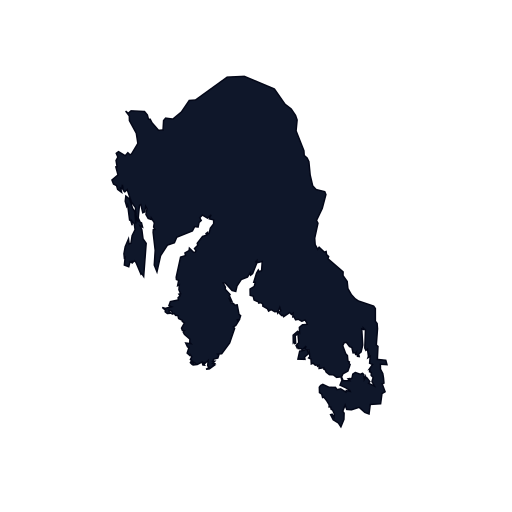 the district of Fusa nor, Hordaland, Norway, rotated 323°
{"feature_id": "86288312B62165724203406", "entity_name": "Fusa nor", "entity_type": "district", "adm_level": 2, "iso_a3": "NOR", "parent_name": "Norway", "parent_adm1": "Hordaland", "projection": "albers", "projection_center": [5.703, 60.194], "detail": "fine", "context": "isolated", "style": "filled", "palette": "ink", "viewbox_px": 512, "rotation_deg": 323, "n_neighbors": 0, "source": "geoboundaries", "source_scale": "gbopen_adm2", "svg_char_len": 6141}
<svg xmlns="http://www.w3.org/2000/svg" viewBox="0 0 512 512"><g transform="rotate(323 256 256)"><path d="M340.6,95.8L301.5,95.0L296.3,91.6L283.1,96.1L272.0,96.6L266.8,91.5L263.7,92.2L257.6,99.4L253.8,97.0L253.1,86.9L253.8,83.1L252.4,82.1L254.1,78.0L253.9,73.5L243.6,64.9L239.8,65.1L239.1,61.8L239.1,67.9L236.4,71.7L234.3,85.9L229.4,95.0L217.8,99.7L216.2,99.2L215.8,96.4L211.9,97.2L209.0,89.9L206.2,89.9L205.2,93.9L201.7,95.5L198.8,101.1L197.7,100.5L194.6,108.2L186.7,108.6L185.5,112.8L187.0,115.9L185.6,119.5L187.0,124.2L188.7,120.2L189.3,121.5L192.2,118.6L189.5,124.0L189.8,125.8L193.1,125.4L189.0,138.0L188.9,144.9L185.2,149.6L186.0,149.3L183.1,154.3L182.5,158.0L182.7,153.4L179.5,157.9L185.9,147.5L186.1,143.7L189.3,134.4L188.1,129.8L184.5,133.6L182.6,138.6L184.4,137.7L176.7,151.2L177.3,152.4L175.6,156.9L177.9,153.4L178.2,156.9L175.3,162.2L169.3,165.2L163.9,170.5L161.8,170.2L164.4,165.7L157.1,169.9L151.9,174.7L149.7,178.3L150.7,178.3L145.4,184.0L147.9,188.0L151.9,184.8L152.9,186.8L154.2,185.1L153.8,186.9L156.1,186.6L156.3,188.9L153.2,201.3L154.2,201.1L154.0,204.7L175.9,179.8L176.1,174.3L180.6,166.4L181.6,162.1L182.8,164.6L184.5,160.6L183.8,159.5L184.8,154.8L193.5,145.3L195.0,145.6L191.6,153.3L193.7,153.8L197.8,149.9L197.4,152.6L193.1,156.6L192.5,161.1L194.2,163.6L195.3,162.5L194.8,168.3L191.7,171.2L191.3,174.0L189.8,173.2L188.0,175.3L178.9,190.8L169.3,202.0L167.4,209.0L180.0,198.3L191.8,194.0L198.8,196.3L204.0,193.3L220.3,197.7L224.7,195.6L227.2,198.0L230.7,194.9L233.6,194.7L234.1,191.6L237.8,191.0L240.1,196.6L245.0,196.0L241.1,198.3L243.9,201.6L241.6,204.8L236.3,206.3L232.1,209.8L230.7,209.3L231.5,208.0L229.6,208.0L229.2,209.7L225.1,208.2L216.7,210.5L216.0,212.4L211.4,213.0L211.2,215.8L209.8,216.4L208.4,215.7L207.5,209.7L205.8,211.4L201.1,210.8L200.0,213.3L195.1,211.5L179.5,224.9L178.3,226.9L179.6,228.9L175.6,232.5L177.5,232.8L174.1,236.6L173.1,240.8L171.5,240.1L171.5,242.1L168.7,242.4L167.6,244.4L160.2,240.9L156.6,243.2L158.1,245.8L152.0,243.2L150.2,240.7L151.1,244.8L149.9,245.9L150.6,248.6L153.6,250.5L153.0,248.3L153.9,246.9L155.5,249.3L154.9,251.7L153.6,251.7L156.2,252.8L156.0,255.0L157.8,256.5L156.6,259.4L158.4,262.9L157.8,263.9L158.6,266.4L153.1,268.8L152.4,271.2L153.9,272.6L152.1,273.1L151.7,275.5L153.2,282.6L151.2,285.0L151.4,287.0L147.5,283.2L146.6,287.5L147.5,288.7L142.6,292.1L143.3,295.6L144.1,295.2L144.1,297.8L141.3,299.2L143.3,306.3L140.9,305.1L141.6,303.2L140.6,301.2L139.4,301.7L139.7,304.0L140.2,305.2L143.8,307.3L149.1,308.2L148.0,311.1L149.2,312.2L149.6,309.2L151.1,310.5L150.0,311.1L155.0,310.6L151.3,314.6L151.6,316.8L148.0,316.4L150.8,318.1L157.2,318.2L156.6,317.6L158.2,317.2L156.7,315.7L159.7,315.2L158.0,313.9L160.2,312.9L164.1,314.5L166.6,312.8L166.3,311.3L169.8,313.4L182.6,309.6L195.3,301.0L195.3,299.0L198.1,299.3L203.5,297.2L202.2,296.7L202.7,295.6L204.6,296.7L207.8,294.4L207.3,292.4L211.6,283.7L209.2,282.3L209.5,280.8L207.9,278.7L208.7,274.9L209.5,277.4L210.9,271.5L212.1,271.1L211.4,264.0L212.8,262.5L213.5,257.8L215.2,258.8L216.1,269.1L218.5,272.1L222.8,268.5L230.1,265.9L236.5,267.7L241.1,265.9L240.2,268.1L242.7,268.0L251.9,262.4L252.3,260.4L254.2,260.1L253.0,262.1L257.7,264.1L251.7,271.0L249.1,270.5L249.4,268.6L246.1,270.0L238.4,275.6L239.6,276.6L236.2,279.3L231.4,278.8L227.7,283.9L229.6,286.4L228.0,290.0L230.5,294.5L229.9,295.2L232.1,296.5L232.4,298.8L231.3,300.1L233.4,305.0L232.9,307.6L235.8,307.9L237.5,311.9L239.6,313.0L239.1,314.3L244.1,311.3L242.9,314.7L240.0,314.8L240.7,319.0L241.8,319.3L241.5,321.1L248.9,321.4L249.1,324.0L251.3,324.0L248.7,326.8L249.8,327.5L249.2,330.8L251.8,332.1L253.3,335.7L256.6,336.5L256.4,339.7L255.8,341.4L251.7,338.9L247.7,339.1L244.5,343.7L243.9,341.2L238.0,341.6L233.5,347.8L236.0,347.5L234.3,349.2L235.2,349.5L239.4,343.2L242.6,343.5L238.0,350.9L234.1,351.6L233.6,354.1L235.0,353.3L234.4,355.7L236.5,357.3L236.4,358.8L241.8,358.1L238.2,360.5L233.6,358.3L227.4,363.6L232.9,368.0L234.0,365.9L239.2,365.6L240.3,361.6L241.8,363.0L238.4,368.8L236.7,369.1L237.9,371.4L235.2,375.5L237.1,376.0L237.6,378.9L239.1,379.5L238.8,381.1L240.7,381.1L238.7,383.8L243.0,386.0L242.1,387.3L242.8,388.3L242.2,391.0L243.2,394.9L246.3,397.5L247.3,401.4L251.2,403.7L250.2,405.8L250.9,406.8L251.5,404.1L254.5,402.4L260.1,403.2L265.8,399.4L265.7,397.6L266.8,396.8L266.2,395.2L269.1,390.5L268.8,388.1L271.3,379.8L274.3,378.3L276.2,379.4L276.2,384.6L277.5,386.8L275.2,391.8L277.0,392.9L276.6,393.9L278.4,393.3L276.8,395.2L277.7,396.2L276.7,397.2L277.9,398.4L279.0,396.0L282.1,395.9L287.6,391.4L296.6,377.8L297.6,379.3L298.4,378.0L298.9,380.9L287.5,395.0L287.0,397.5L289.0,397.5L286.3,402.2L288.0,401.9L284.2,404.6L286.9,404.8L282.2,410.0L283.8,412.8L278.2,414.6L278.9,414.9L277.0,416.8L278.0,418.4L276.1,420.7L276.5,423.5L273.1,426.0L272.3,431.2L269.3,425.4L271.3,424.8L271.2,419.6L270.0,419.4L270.7,418.3L268.3,419.6L270.7,415.7L270.5,413.8L268.1,413.2L265.2,408.8L262.2,408.6L259.3,411.2L256.3,411.1L257.0,410.2L255.6,409.5L255.8,412.1L249.5,407.2L245.4,409.7L248.4,415.3L250.1,420.1L249.8,421.0L247.1,417.8L245.9,418.8L243.7,413.1L240.3,411.5L240.4,408.7L235.3,404.8L232.1,398.7L229.7,398.3L227.6,398.9L224.5,403.3L225.4,405.8L224.0,409.1L225.3,409.7L225.4,414.0L224.9,418.9L223.5,420.5L224.8,421.5L223.8,423.5L224.5,425.2L223.5,429.5L221.3,431.7L221.6,428.2L220.1,427.6L219.1,433.3L221.3,438.9L221.0,443.5L227.9,439.4L231.8,434.5L231.8,432.2L237.5,428.7L236.1,433.1L239.7,436.3L247.3,438.9L248.8,446.4L251.2,450.2L257.9,443.3L266.6,449.0L273.8,441.7L277.4,442.1L279.8,434.0L281.7,434.5L284.4,430.2L286.5,426.2L287.3,421.3L290.2,417.3L295.2,421.6L296.9,417.4L290.7,411.6L299.0,401.6L298.5,399.5L309.3,387.2L312.1,382.8L312.1,379.9L319.7,369.8L319.8,366.8L310.7,353.5L309.4,349.7L308.9,344.3L309.8,337.3L313.5,331.2L313.7,324.0L316.0,321.1L311.8,301.5L313.7,300.1L313.2,297.3L314.7,294.6L312.9,294.1L311.7,287.0L309.3,287.8L310.1,282.5L313.6,277.1L325.2,267.1L325.7,264.0L337.5,257.9L348.8,249.0L349.6,246.0L344.0,239.1L343.5,234.1L348.0,223.9L355.0,212.5L355.8,208.5L355.0,204.7L357.6,200.8L363.3,180.2L370.7,172.1L372.2,167.5L372.6,159.8L370.5,152.2L371.2,133.7L354.8,105.5L340.6,95.8Z" fill="#0f172a" stroke="#020617" stroke-width="1.5"/></g></svg>